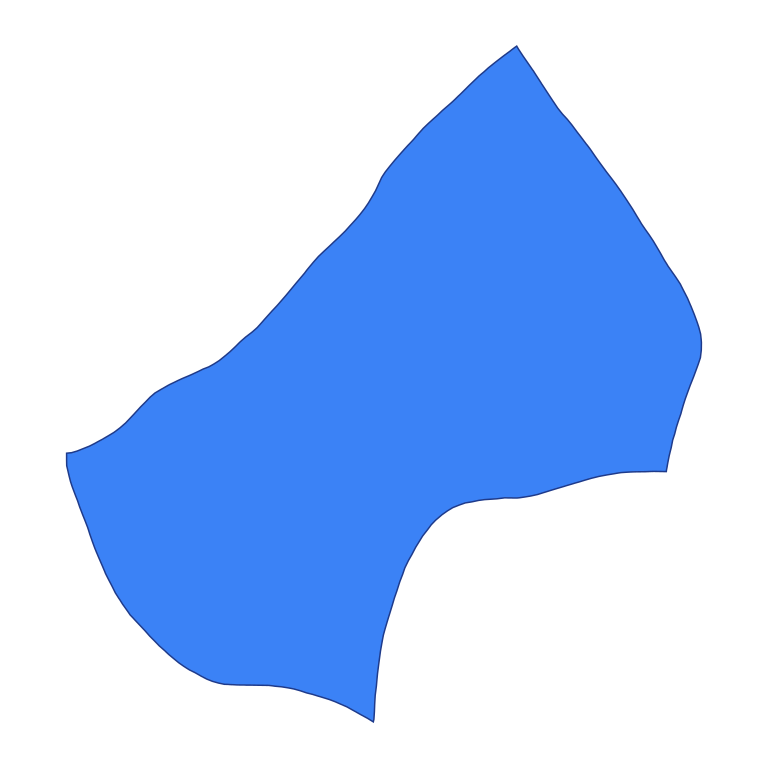 outline of Hajar As Say'ar, Hadramawt, Yemen
{"feature_id": "15242507B41377814655385", "entity_name": "Hajar As Say'ar", "entity_type": "district", "adm_level": 2, "iso_a3": "YEM", "parent_name": "Yemen", "parent_adm1": "Hadramawt", "projection": "natural_earth1", "projection_center": [48.005, 16.297], "detail": "fine", "context": "isolated", "style": "filled", "palette": "blue", "viewbox_px": 768, "rotation_deg": 0, "n_neighbors": 0, "source": "geoboundaries", "source_scale": "gbopen_adm2", "svg_char_len": 4994}
<svg xmlns="http://www.w3.org/2000/svg" viewBox="0 0 768 768"><path d="M516.7,46.1L515.6,46.9L515.0,47.3L511.8,49.7L509.7,51.4L508.3,52.4L504.5,55.2L502.0,57.1L499.8,58.8L496.3,61.5L493.4,63.8L488.4,67.8L483.9,71.9L479.4,75.6L479.2,75.8L473.6,81.2L469.1,85.5L464.1,90.5L459.2,95.3L458.7,95.7L457.9,96.5L453.6,100.7L451.4,102.7L448.2,105.5L442.4,110.5L437.5,115.2L432.9,119.3L428.4,123.4L423.2,128.4L420.0,132.0L418.9,133.2L416.3,136.2L413.5,139.5L409.0,144.3L408.1,145.2L404.8,148.8L400.7,153.4L395.1,159.8L389.9,166.1L385.4,171.8L383.0,175.4L381.6,177.6L379.2,182.9L378.9,183.5L377.4,186.8L375.7,190.4L375.7,190.5L372.6,195.9L368.4,203.0L364.5,208.7L363.4,210.1L359.9,214.6L357.7,217.2L355.2,220.1L349.6,226.2L345.3,231.0L339.5,236.7L333.9,241.9L329.4,246.2L324.0,251.2L318.5,256.4L313.3,262.3L308.3,268.3L306.6,270.4L304.6,273.1L300.2,278.3L296.3,282.9L291.1,289.2L285.8,295.6L281.8,300.2L277.1,305.6L271.9,311.1L271.3,311.8L266.8,316.8L264.2,319.7L262.4,321.8L257.3,327.5L252.7,331.6L251.2,332.8L245.7,337.0L241.8,340.4L239.8,342.2L239.5,342.5L235.0,347.0L229.9,351.8L224.3,356.5L219.2,360.6L214.2,363.8L211.6,365.3L208.7,366.9L203.0,369.1L198.8,371.2L197.5,371.8L191.7,374.5L189.0,375.7L185.4,377.2L182.1,378.6L179.3,379.9L178.2,380.4L173.7,382.6L170.1,384.3L168.2,385.3L161.2,389.3L155.1,392.9L154.6,393.3L150.3,397.0L144.8,402.7L140.5,407.0L137.4,410.4L135.9,412.0L134.0,414.1L130.8,417.5L125.2,423.4L125.0,423.5L119.8,428.0L114.1,432.3L109.0,435.4L101.6,439.7L97.3,442.0L95.0,443.3L89.3,446.2L86.5,447.3L83.0,448.7L77.0,451.1L76.6,451.2L71.5,452.7L67.4,453.1L66.6,453.2L66.6,459.1L66.6,460.0L66.7,465.5L66.8,466.1L67.7,469.9L68.6,473.9L69.2,476.4L70.5,481.5L71.9,485.8L72.5,487.5L75.2,494.7L75.7,496.0L77.6,500.8L79.6,506.8L82.3,513.8L82.4,514.1L84.9,520.3L87.6,527.3L88.4,529.7L89.8,534.2L92.5,541.9L94.1,546.3L94.7,547.9L96.6,552.6L97.1,553.7L98.3,556.6L100.0,560.5L100.6,561.9L102.6,566.5L104.8,571.7L105.5,573.5L108.7,579.8L112.3,586.7L115.3,592.8L119.0,598.6L119.6,599.4L122.6,604.2L126.6,609.8L128.5,612.5L130.2,615.0L133.0,617.9L134.8,619.9L139.6,625.0L144.7,630.4L149.9,636.3L154.1,640.5L159.3,645.9L164.3,650.3L167.8,653.6L168.9,654.6L173.7,658.6L176.0,660.5L178.8,662.8L183.8,666.3L187.2,668.5L189.8,670.1L195.1,672.7L199.7,675.3L201.4,676.3L206.8,679.1L210.6,680.6L212.3,681.3L213.0,681.5L218.3,683.0L224.4,684.3L228.0,684.4L230.5,684.6L233.4,684.7L236.8,684.9L240.7,685.0L244.3,685.0L246.3,685.1L250.0,685.1L256.3,685.2L262.8,685.3L268.9,685.4L272.3,685.8L275.0,686.2L281.5,686.8L284.0,687.2L287.8,687.8L290.0,688.2L294.0,689.0L298.3,690.2L300.1,690.7L306.6,692.9L312.7,694.4L313.6,694.7L318.1,696.1L319.9,696.6L323.8,697.8L328.3,699.2L329.3,699.5L335.1,701.7L338.3,703.1L341.0,704.3L347.0,706.9L351.6,709.5L354.3,711.0L360.7,714.6L366.4,717.7L367.7,718.4L373.3,721.9L373.9,719.4L374.4,711.8L374.7,703.9L375.2,695.4L376.4,685.9L376.8,681.2L377.5,673.7L378.7,664.3L379.5,658.3L379.6,657.6L380.5,650.9L382.0,642.4L382.6,639.1L383.4,635.0L385.1,628.8L387.2,621.7L388.5,617.4L389.6,613.9L392.1,605.8L394.4,598.0L396.8,591.1L399.8,581.7L402.7,574.2L404.8,568.0L408.4,560.6L411.9,554.5L415.5,547.6L415.9,546.9L419.0,541.9L421.7,537.5L422.7,535.9L426.7,530.8L427.5,529.8L431.2,524.8L435.6,520.2L441.9,514.8L445.0,512.6L447.7,510.7L452.8,507.6L456.6,506.1L459.6,504.9L462.5,503.9L465.3,502.9L471.6,501.9L472.6,501.7L478.7,500.4L481.8,500.0L484.6,499.6L491.0,499.2L496.9,498.8L503.4,498.0L504.8,497.8L507.8,497.9L511.3,497.9L513.1,498.0L517.0,498.0L519.2,497.8L524.7,497.0L530.8,496.0L537.6,494.5L543.6,492.6L545.3,492.1L551.0,490.3L556.6,488.6L564.7,486.2L565.9,485.8L572.7,483.8L574.6,483.2L579.6,481.8L585.1,480.1L591.3,478.3L599.0,476.4L607.0,474.9L614.3,473.7L617.7,473.1L621.0,472.6L628.3,472.1L632.8,471.9L636.5,471.8L645.4,471.7L650.2,471.5L653.8,471.4L660.5,471.5L666.3,471.6L666.4,470.8L666.4,470.5L667.0,467.4L667.7,463.3L669.2,455.7L670.3,451.2L671.2,447.7L672.7,440.1L673.7,437.0L674.7,433.9L676.4,427.2L678.5,420.6L680.9,413.7L681.6,411.0L683.2,405.4L685.3,398.8L688.3,390.5L690.4,384.8L690.9,383.6L693.6,376.8L695.9,370.6L698.1,364.6L700.4,357.7L701.3,350.1L701.4,343.6L701.4,342.3L701.2,339.8L700.6,334.0L698.8,327.2L697.2,322.4L696.7,321.0L694.3,314.5L691.0,306.3L690.4,305.0L687.5,298.2L685.6,294.5L683.9,291.2L681.4,286.3L680.4,284.2L675.6,276.9L672.0,271.8L669.3,267.9L668.2,266.4L666.9,264.2L664.3,260.1L660.7,253.6L657.9,248.8L657.5,248.2L656.9,247.1L653.5,241.4L652.2,239.4L649.2,234.9L645.0,229.0L641.4,223.7L639.9,221.1L637.0,216.4L632.7,209.2L629.9,204.9L628.9,203.4L625.5,198.2L621.6,192.4L620.5,190.7L619.8,189.8L616.0,184.4L611.8,178.8L606.4,171.8L602.8,166.9L600.6,163.9L599.0,161.7L596.0,157.5L594.2,154.9L590.2,149.1L587.2,145.1L586.4,144.2L580.9,136.9L577.1,132.0L571.7,124.7L569.4,121.9L567.3,119.3L562.3,113.9L557.7,108.1L553.5,101.8L553.2,101.4L549.3,95.5L545.3,89.4L542.1,84.5L541.9,84.3L540.9,82.6L537.6,77.5L534.5,72.7L533.4,70.9L532.6,69.9L528.0,63.2L523.0,56.0L518.4,49.0L516.7,46.1Z" fill="#3b82f6" stroke="#1e3a8a" stroke-width="1.5"/></svg>